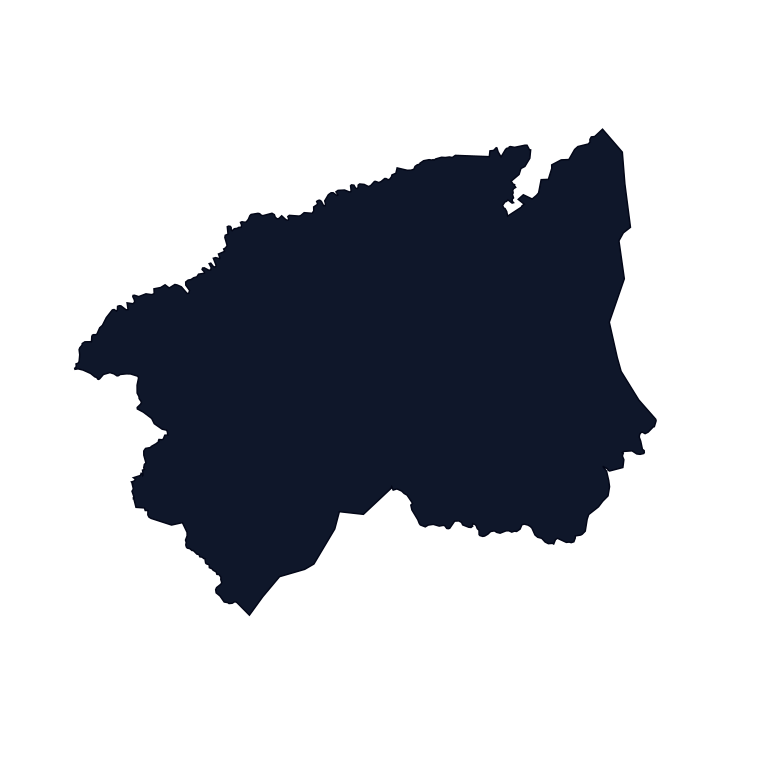 Gabriel Zamora, Michoacán, Mexico (Albers equal-area conic projection), rotated 74°
{"feature_id": "50627088B34750510771659", "entity_name": "Gabriel Zamora", "entity_type": "district", "adm_level": 2, "iso_a3": "MEX", "parent_name": "Mexico", "parent_adm1": "Michoacán", "projection": "albers", "projection_center": [-102.041, 19.155], "detail": "fine", "context": "isolated", "style": "filled", "palette": "ink", "viewbox_px": 768, "rotation_deg": 74, "n_neighbors": 0, "source": "geoboundaries", "source_scale": "gbopen_adm2", "svg_char_len": 6168}
<svg xmlns="http://www.w3.org/2000/svg" viewBox="0 0 768 768"><g transform="rotate(74 384 384)"><path d="M569.1,577.1L555.0,559.1L540.4,537.5L540.3,511.3L537.7,501.0L509.8,471.3L494.4,462.1L503.6,439.7L486.3,406.0L484.9,404.9L488.5,404.4L488.4,400.5L491.8,396.5L494.8,394.8L497.1,392.5L506.6,389.4L507.8,391.6L512.7,391.9L523.8,388.9L527.9,388.5L529.5,387.9L532.7,383.7L531.8,380.4L532.5,375.3L535.8,370.1L536.2,366.0L536.9,364.7L540.1,363.5L540.8,362.1L540.8,360.6L535.3,353.9L536.2,349.9L538.4,347.6L541.1,347.2L545.0,342.1L545.9,339.9L545.3,338.5L544.9,339.3L543.7,337.3L542.7,337.0L543.9,335.5L545.4,334.5L548.7,334.2L550.8,333.0L555.0,334.1L556.1,333.6L557.7,331.1L557.9,329.1L557.0,325.6L555.2,322.2L555.6,318.4L557.7,316.5L559.4,313.5L558.8,307.2L559.5,304.4L561.6,302.0L561.4,299.3L562.3,297.1L561.0,293.2L557.3,290.2L557.4,287.7L559.3,284.5L561.3,282.6L563.4,281.5L570.7,280.5L573.7,278.5L575.8,274.9L580.3,272.7L582.8,270.0L583.6,266.0L584.6,265.0L580.9,262.1L580.1,259.8L586.5,252.4L587.0,249.5L588.1,247.8L588.0,245.0L584.9,242.7L582.8,241.9L583.4,236.5L583.0,234.8L580.9,231.1L570.0,226.0L565.9,223.2L561.2,211.7L557.0,206.1L553.3,199.5L544.9,195.5L538.7,194.6L529.2,194.1L523.3,196.5L527.1,192.5L528.7,192.3L529.8,191.1L530.1,177.4L522.9,174.3L518.9,174.7L516.5,173.1L515.7,174.0L514.9,172.0L516.6,164.0L520.9,160.3L522.2,157.2L522.4,153.5L521.7,152.7L519.7,152.3L518.0,153.6L509.7,153.0L505.4,153.3L503.0,152.2L501.5,150.4L501.5,148.9L503.7,146.7L503.1,143.4L499.5,137.1L499.5,135.9L494.4,132.6L492.8,132.5L469.5,143.5L437.2,152.6L422.8,152.5L386.7,150.4L349.1,124.0L311.1,118.7L304.7,112.3L301.3,103.9L258.0,97.3L226.8,91.0L199.3,103.7L204.2,113.3L203.6,116.6L205.6,118.6L208.2,119.3L209.6,121.4L209.2,132.2L211.1,136.1L219.2,144.4L217.4,151.9L219.6,162.4L223.0,163.3L232.6,169.6L230.9,176.6L242.9,182.7L244.7,185.4L247.0,190.6L240.5,197.9L243.5,204.1L249.9,199.6L250.7,202.1L251.9,203.3L256.7,218.9L252.2,218.5L248.7,219.3L247.8,220.4L245.0,220.8L242.3,217.5L242.2,215.8L241.1,214.2L245.4,211.0L245.4,209.5L243.7,210.3L241.6,209.7L240.8,208.2L236.9,208.3L236.0,207.2L233.0,206.8L231.9,205.4L231.3,203.2L228.7,204.0L228.3,203.6L227.6,204.7L224.1,205.9L219.8,196.4L214.6,193.0L213.7,188.6L207.2,181.6L199.4,178.5L198.9,179.6L193.9,180.7L193.3,182.8L192.5,193.2L190.6,197.1L190.6,198.2L191.5,198.9L191.3,201.0L192.0,202.5L198.0,208.9L192.4,210.3L188.2,210.4L187.8,211.0L189.7,214.3L189.1,217.9L194.5,220.1L183.9,252.4L185.1,255.9L183.8,258.5L183.2,262.6L181.9,266.2L181.9,272.3L182.6,274.2L181.9,274.9L181.9,276.4L180.8,278.8L180.3,284.4L181.7,288.6L182.5,288.9L182.5,291.7L183.4,294.2L185.8,296.1L185.9,299.1L185.0,302.7L179.9,311.8L184.7,314.5L185.2,318.7L186.9,319.7L188.8,322.2L188.7,323.8L187.1,325.4L186.7,326.8L188.6,331.0L188.9,333.5L186.9,336.3L186.7,337.4L189.6,342.1L189.9,344.5L186.7,348.0L185.0,352.3L185.7,354.0L188.1,354.8L188.7,356.1L187.9,357.3L184.6,358.1L183.6,360.4L184.2,361.5L189.1,362.3L190.0,363.1L189.8,364.4L186.7,368.4L185.2,374.8L186.0,377.2L189.2,376.2L189.8,376.4L189.9,377.3L186.1,380.2L185.6,382.2L186.7,385.3L191.6,390.5L194.7,390.6L196.4,391.5L196.0,392.9L191.1,393.9L189.6,395.1L189.4,396.5L189.9,398.4L192.5,398.2L193.1,398.7L194.4,402.8L198.2,403.8L200.1,406.0L197.3,413.5L199.1,417.5L199.2,419.3L195.8,428.5L196.5,430.3L199.1,430.1L200.0,431.0L199.9,432.1L198.7,433.2L194.1,436.0L195.9,439.2L195.8,441.3L193.5,442.6L191.0,442.7L189.0,444.6L188.8,454.0L188.1,455.3L186.0,456.6L185.2,458.1L184.4,465.0L185.2,466.5L188.3,469.0L190.3,471.8L190.0,473.6L188.9,475.8L189.1,477.4L192.0,477.1L194.0,478.1L193.4,480.5L193.9,482.2L193.5,485.1L194.8,487.7L193.8,488.4L191.5,487.8L190.2,488.2L189.4,489.8L189.6,491.3L196.9,492.6L197.3,495.6L199.3,496.6L207.6,496.6L209.4,498.6L210.0,500.9L212.6,500.7L213.4,507.3L217.4,507.0L218.2,507.5L216.1,511.0L216.1,513.4L223.6,512.7L224.8,513.4L224.9,514.4L224.1,515.6L220.1,517.2L220.1,518.9L224.5,518.0L226.6,519.2L226.4,521.0L222.8,524.7L222.5,526.4L223.8,527.3L226.5,525.9L228.0,526.1L227.3,532.0L229.4,534.4L229.4,537.7L230.4,540.7L230.1,543.6L231.3,546.5L234.3,547.3L240.5,545.1L243.0,546.7L242.7,548.3L234.7,552.0L231.8,555.5L230.7,557.6L232.5,564.0L228.3,567.1L229.7,572.1L229.1,578.9L233.1,579.8L234.0,580.5L234.0,582.8L231.7,588.0L232.4,595.7L229.9,599.4L229.7,600.8L230.8,601.4L234.3,600.8L236.7,601.2L237.6,603.3L235.2,608.6L241.9,609.5L241.7,611.4L236.4,615.3L235.8,616.8L235.9,618.7L239.2,619.8L240.2,621.0L238.0,623.0L237.9,624.7L243.6,632.6L250.0,638.5L251.6,641.8L256.8,646.1L257.2,647.4L256.5,649.7L256.7,650.9L257.8,651.8L262.7,653.5L261.0,659.9L261.9,662.9L263.5,663.6L265.3,666.4L266.9,667.6L272.0,668.4L278.4,670.9L279.7,672.4L279.8,674.5L281.7,674.8L283.2,675.7L283.6,677.0L284.7,677.0L285.1,673.9L287.6,669.5L293.0,663.1L297.4,660.0L298.6,658.3L300.3,657.9L300.9,657.1L300.7,656.0L297.5,651.1L297.5,644.3L299.8,640.8L302.6,638.4L302.8,636.9L302.1,635.0L303.2,629.0L304.4,625.0L308.6,618.6L310.4,618.2L317.1,621.7L324.7,623.8L328.6,623.0L330.5,623.4L334.5,622.1L336.3,623.5L338.5,627.7L340.0,628.0L344.6,623.2L353.1,616.8L358.8,615.8L366.3,609.7L368.4,605.8L370.0,605.4L373.5,605.9L372.8,608.8L376.2,611.4L376.3,613.0L375.3,615.6L376.1,616.3L377.0,616.0L378.6,619.6L379.9,625.0L380.7,625.9L380.2,631.0L382.2,633.4L386.2,634.5L394.3,634.6L395.2,636.5L398.4,638.1L400.1,637.8L400.2,639.9L405.0,640.5L405.6,641.2L403.8,641.3L402.9,642.0L404.8,643.4L405.0,650.7L407.0,649.0L408.5,651.3L408.5,653.8L410.6,653.1L410.5,653.6L415.0,653.8L416.1,654.1L417.6,655.8L423.7,655.5L424.0,656.1L424.7,655.7L425.3,656.6L425.8,656.1L434.2,656.4L437.1,648.4L439.8,648.4L440.6,645.8L444.7,647.1L447.2,646.6L449.0,644.9L461.0,627.1L461.7,616.0L472.3,614.2L475.7,615.1L479.3,617.8L481.8,617.8L484.1,618.9L486.2,618.9L487.5,618.3L488.8,616.0L491.1,614.5L491.5,613.2L496.0,610.7L497.0,608.8L499.3,608.7L500.4,606.4L502.0,605.5L502.5,604.3L506.9,604.8L507.9,604.3L509.6,601.9L512.4,602.5L514.1,600.3L515.9,599.6L518.4,597.1L520.9,597.1L521.8,595.0L524.8,594.0L527.1,594.8L530.1,594.7L531.5,596.0L533.5,601.0L535.3,602.5L538.5,602.9L542.5,600.1L549.5,597.7L551.1,594.4L552.3,593.5L552.9,590.4L552.1,587.3L553.4,585.7L569.1,577.1Z" fill="#0f172a" stroke="#020617" stroke-width="1.5"/></g></svg>